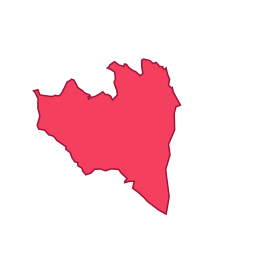 outline of Agios Dimitrios, Limassol, Cyprus, rotated 49°
{"feature_id": "46923920B1623622106309", "entity_name": "Agios Dimitrios", "entity_type": "district", "adm_level": 2, "iso_a3": "CYP", "parent_name": "Cyprus", "parent_adm1": "Limassol", "projection": "orthographic", "projection_center": [32.808, 34.92], "detail": "fine", "context": "isolated", "style": "filled", "palette": "rose", "viewbox_px": 256, "rotation_deg": 49, "n_neighbors": 0, "source": "geoboundaries", "source_scale": "gbopen_adm2", "svg_char_len": 1643}
<svg xmlns="http://www.w3.org/2000/svg" viewBox="0 0 256 256"><g transform="rotate(49 128 128)"><path d="M38.0,175.0L39.9,174.8L43.5,175.7L47.1,176.7L49.7,179.3L54.2,183.2L58.7,185.3L61.3,186.9L66.4,194.7L70.2,196.1L75.0,192.3L81.1,192.3L85.3,189.6L90.8,189.8L99.1,187.7L101.8,187.0L103.0,188.9L108.6,187.8L113.5,189.7L118.4,190.4L121.0,188.7L123.9,190.6L128.0,189.1L130.9,190.5L135.7,190.5L137.7,185.5L137.3,180.2L140.8,175.7L145.5,173.1L147.8,167.5L153.2,162.2L157.9,162.7L165.4,161.8L166.3,165.7L167.0,166.4L169.6,161.3L172.4,158.3L176.6,164.1L182.6,162.6L190.2,161.6L195.9,161.5L209.9,158.7L218.0,155.7L206.8,142.0L184.0,126.8L175.9,114.0L166.8,108.0L160.1,94.1L147.1,83.3L143.5,78.0L145.1,73.4L130.7,70.3L126.6,68.1L126.7,68.8L122.4,69.5L118.6,64.7L113.4,62.9L110.0,61.1L107.6,59.9L107.9,62.0L105.1,62.3L104.4,61.6L102.3,63.9L100.3,63.7L97.1,63.6L96.0,65.9L95.5,66.9L91.5,67.2L88.6,69.3L86.2,71.0L85.8,73.0L87.8,75.0L89.0,75.9L91.0,77.6L94.3,79.6L96.6,80.9L96.5,84.5L90.3,85.3L88.7,86.3L83.3,87.8L79.1,87.4L77.4,88.6L78.8,90.7L74.9,93.4L69.2,94.6L68.7,97.1L68.5,100.4L69.2,101.3L69.2,104.3L72.1,102.7L76.8,101.4L80.9,103.9L83.0,105.9L84.4,108.6L87.8,110.1L92.0,111.6L93.4,112.5L96.1,114.4L96.7,121.3L92.6,120.2L89.4,121.3L88.1,123.1L84.1,123.3L83.8,126.4L82.7,131.7L80.8,136.3L80.3,138.5L78.4,137.9L79.4,135.4L77.3,135.4L75.6,136.5L72.3,138.0L70.3,137.8L65.1,139.2L64.1,139.2L59.7,138.1L56.3,137.4L54.0,138.7L54.2,140.3L53.3,143.6L55.7,149.1L58.0,154.6L58.6,158.2L57.9,159.7L55.5,161.6L55.1,163.5L53.4,165.7L51.2,167.7L50.3,168.4L48.0,170.5L45.1,172.8L40.0,170.8L38.0,175.0Z" fill="#f43f5e" stroke="#9f1239" stroke-width="1.5"/></g></svg>